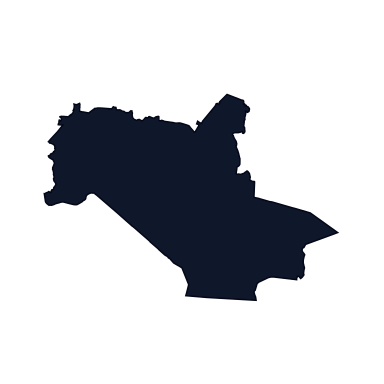 Álvaro Obregón, Michoacán, Mexico (Robinson projection), rotated 102°
{"feature_id": "50627088B69067418356902", "entity_name": "Álvaro Obregón", "entity_type": "district", "adm_level": 2, "iso_a3": "MEX", "parent_name": "Mexico", "parent_adm1": "Michoacán", "projection": "robinson", "projection_center": [-101.043, 19.878], "detail": "fine", "context": "isolated", "style": "filled", "palette": "ink", "viewbox_px": 384, "rotation_deg": 102, "n_neighbors": 0, "source": "geoboundaries", "source_scale": "gbopen_adm2", "svg_char_len": 5979}
<svg xmlns="http://www.w3.org/2000/svg" viewBox="0 0 384 384"><g transform="rotate(102 192 192)"><path d="M223.0,71.0L219.6,70.0L201.4,41.1L187.9,72.0L186.7,87.7L186.6,90.4L185.1,111.6L185.3,114.8L185.2,114.9L184.5,124.9L184.5,126.4L184.4,126.3L184.4,130.2L183.2,130.5L170.2,132.7L169.1,132.9L168.8,133.1L169.0,134.8L169.0,135.6L168.8,136.4L168.4,137.1L168.3,137.7L168.1,137.9L167.6,138.2L165.4,138.1L161.8,139.8L161.8,140.2L161.2,140.6L160.4,141.5L160.1,142.1L160.0,142.6L161.0,143.4L161.7,144.2L162.7,144.8L164.6,147.9L164.7,149.1L164.8,150.5L165.3,151.5L165.3,152.3L165.0,152.5L163.6,152.8L161.2,152.9L158.5,153.2L157.6,152.7L157.4,152.2L156.3,151.4L155.5,151.1L154.8,151.0L152.1,151.5L149.3,152.1L148.6,152.6L144.5,154.5L142.0,155.9L138.9,158.1L137.6,158.6L137.4,158.2L135.5,158.3L133.4,159.3L132.4,160.2L131.2,161.4L129.5,162.7L128.3,163.3L127.6,164.2L127.0,164.4L126.3,164.3L125.6,163.5L125.0,162.2L124.3,159.0L123.2,156.7L122.5,155.9L122.2,155.3L122.5,155.1L123.1,155.0L123.8,154.8L124.0,154.5L123.9,153.7L122.7,153.0L121.4,152.9L120.7,153.3L118.2,153.9L117.2,154.8L117.3,155.1L112.4,155.5L112.2,156.0L111.4,155.9L110.9,155.5L110.1,155.3L109.2,155.6L108.1,155.9L106.0,155.7L103.6,155.8L103.0,156.1L101.8,156.5L101.7,156.4L101.7,156.1L102.0,155.9L102.0,155.6L101.9,155.4L102.0,155.1L102.5,154.6L102.5,154.1L102.2,153.9L101.8,154.0L101.5,153.2L100.8,152.9L100.4,153.1L99.0,153.0L98.2,153.4L97.5,154.4L97.1,154.7L96.9,156.4L96.9,156.7L96.2,156.7L95.9,157.1L95.9,157.6L96.0,157.9L96.3,158.1L95.3,158.4L95.1,158.8L94.9,159.1L95.4,159.3L95.5,159.9L95.2,160.0L94.2,160.0L92.9,160.2L92.2,160.5L91.8,160.9L91.7,162.3L91.8,162.6L89.3,178.0L97.9,183.6L98.7,183.3L98.9,183.9L99.7,183.7L100.1,183.5L100.8,183.9L100.1,185.7L100.7,186.7L101.2,186.7L103.3,187.3L120.5,196.3L122.8,196.8L122.7,197.2L123.0,197.2L123.2,197.4L121.6,201.2L123.2,201.4L124.4,201.6L124.7,199.3L126.5,199.1L126.5,199.4L132.5,201.4L132.9,202.3L129.5,206.8L128.0,208.5L127.7,209.7L127.2,214.7L127.1,216.2L127.0,217.5L127.1,218.8L127.8,221.2L128.1,222.9L128.0,224.7L128.6,233.1L128.6,233.9L128.4,234.7L128.2,235.9L128.6,236.8L128.4,236.9L129.0,237.9L129.0,238.5L128.8,239.1L128.4,239.4L125.2,240.1L125.0,240.5L125.1,240.9L126.0,242.9L126.8,243.7L127.5,243.9L127.7,245.2L127.8,245.6L127.1,249.4L127.2,249.7L127.5,250.0L128.3,250.2L128.6,250.6L128.7,250.8L128.7,252.7L129.1,253.1L131.5,254.4L132.3,255.1L132.8,255.6L132.8,256.0L132.0,258.7L132.5,260.0L133.5,261.2L132.8,264.2L131.5,265.6L129.0,266.6L127.2,266.7L126.0,267.4L125.2,267.6L125.2,267.8L125.4,268.9L127.2,270.0L127.4,270.3L127.9,271.9L128.1,272.5L128.0,272.9L128.2,273.1L128.1,273.8L127.7,274.5L127.3,275.3L127.4,276.5L127.3,277.6L126.8,278.7L126.7,279.2L126.7,280.0L127.0,280.9L127.3,282.9L127.1,283.2L125.1,284.0L125.1,284.3L125.3,285.3L125.0,286.7L127.1,287.7L127.4,288.0L127.6,289.3L128.3,290.4L128.1,290.5L127.7,290.3L128.8,298.4L129.1,299.9L129.5,301.9L130.4,303.7L130.3,304.3L135.3,308.7L136.0,309.2L136.1,309.4L136.2,309.9L136.3,314.3L136.3,314.9L136.6,316.0L136.4,316.2L136.5,318.6L134.1,319.3L132.7,319.3L131.1,319.7L129.8,319.8L128.7,320.4L130.5,322.8L130.7,324.1L130.5,325.7L130.9,325.6L131.5,325.3L132.3,325.0L134.7,324.8L135.8,324.9L136.6,325.1L136.5,324.7L139.0,324.8L141.4,326.1L142.0,326.2L142.4,326.7L142.4,326.9L142.1,327.1L142.5,327.3L142.8,327.7L143.0,327.9L144.1,328.2L144.4,330.1L144.4,330.6L144.7,332.3L144.7,333.0L145.2,335.6L145.7,336.7L145.9,336.9L146.1,336.8L146.3,336.4L146.3,336.1L146.6,335.9L146.7,335.7L146.8,335.2L147.1,335.0L147.4,334.8L148.2,334.7L149.1,334.9L149.6,335.1L149.9,335.3L149.6,335.8L149.3,336.1L149.2,336.5L149.2,336.8L149.4,336.9L150.0,336.6L150.4,336.8L150.8,336.8L151.1,336.6L151.7,336.5L152.5,336.8L153.7,336.9L154.0,336.8L153.4,332.3L160.9,336.0L169.4,341.1L172.7,342.9L173.1,341.9L173.4,341.7L173.7,341.5L173.6,340.8L173.9,338.5L175.0,336.1L177.3,335.2L177.5,335.2L177.8,335.3L178.0,335.3L178.4,334.6L178.7,334.7L179.4,334.7L180.2,334.8L180.7,335.2L181.3,335.3L181.5,335.6L181.5,335.8L182.2,335.8L182.3,335.9L182.8,336.3L183.1,336.8L183.8,337.1L183.9,337.3L184.0,337.9L184.3,338.2L185.9,338.7L186.3,339.8L186.6,340.0L187.8,339.1L188.5,337.6L189.4,334.8L189.6,334.4L190.2,334.1L191.0,333.4L192.3,332.5L193.4,332.7L194.5,332.8L197.0,333.3L197.5,333.3L198.7,332.9L198.9,333.0L199.7,332.4L202.0,331.3L203.7,331.1L205.1,330.3L206.4,329.8L207.2,330.1L207.9,330.2L208.0,330.1L209.0,329.7L209.8,329.3L210.5,328.6L211.0,327.9L211.8,327.2L212.3,326.9L213.0,326.7L215.4,327.5L216.0,328.0L216.3,328.1L217.6,328.0L218.3,328.2L219.1,329.6L219.6,329.7L219.9,329.8L220.9,330.0L221.7,329.8L221.9,330.0L222.0,331.0L221.6,331.4L221.4,332.2L221.8,332.4L223.0,334.2L224.4,335.9L224.4,336.1L231.9,333.3L232.5,332.8L233.4,331.8L234.4,329.8L234.2,329.8L234.2,329.5L234.3,328.8L234.2,328.7L234.1,328.0L234.4,328.0L234.1,327.1L234.2,326.9L234.2,326.7L232.9,324.4L232.0,323.3L231.1,321.7L230.2,319.8L229.3,318.4L228.7,316.8L228.5,315.7L228.8,309.4L228.9,304.9L228.6,302.9L228.2,301.8L226.7,300.0L224.3,297.4L223.6,297.0L223.2,297.1L223.0,296.5L222.2,295.5L221.2,294.8L220.7,294.6L220.0,294.7L218.3,294.7L217.2,294.3L216.4,293.9L215.5,292.9L214.4,291.5L213.9,290.4L213.7,289.9L213.7,288.5L213.3,287.6L213.5,286.9L214.1,286.1L214.3,286.1L214.6,285.1L227.7,261.2L230.7,255.9L237.9,243.2L238.2,242.3L249.3,222.4L249.5,222.5L251.4,219.1L254.9,212.7L255.1,212.7L257.7,208.2L259.3,205.4L259.3,205.2L259.6,204.6L259.4,204.4L260.2,202.8L260.9,201.6L261.3,201.4L261.5,200.9L261.5,200.2L264.6,196.0L265.3,195.0L268.1,186.4L268.6,185.8L283.1,176.1L283.6,176.0L292.1,176.3L294.7,176.5L292.1,155.9L284.6,106.8L281.4,108.0L279.4,109.4L277.7,110.2L276.7,110.8L274.9,109.8L268.2,109.3L266.4,108.1L259.8,99.5L258.7,97.1L258.1,94.2L256.0,71.4L254.8,71.7L253.6,71.5L252.8,71.2L252.4,71.2L252.2,70.5L252.6,69.6L254.0,67.7L252.3,66.4L249.8,65.3L248.3,66.0L245.1,66.3L242.9,66.2L240.7,67.3L238.1,68.5L235.3,69.0L231.8,69.0L230.0,68.7L228.9,69.7L227.7,71.3L226.1,72.3L224.1,72.3L223.0,71.0Z" fill="#0f172a" stroke="#020617" stroke-width="1.5"/></g></svg>